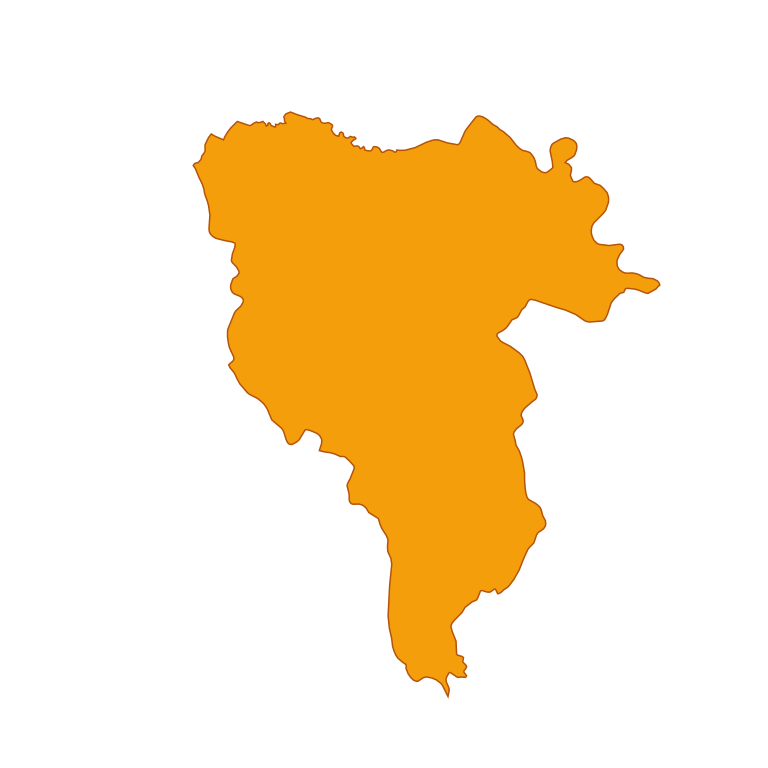 the district of Wiang Chiang Rung, Chiang Rai, Thailand, rotated 105°
{"feature_id": "78962969B94176504634652", "entity_name": "Wiang Chiang Rung", "entity_type": "district", "adm_level": 2, "iso_a3": "THA", "parent_name": "Thailand", "parent_adm1": "Chiang Rai", "projection": "mercator", "projection_center": [100.013, 20.012], "detail": "fine", "context": "isolated", "style": "filled", "palette": "amber", "viewbox_px": 768, "rotation_deg": 105, "n_neighbors": 0, "source": "geoboundaries", "source_scale": "gbopen_adm2", "svg_char_len": 6168}
<svg xmlns="http://www.w3.org/2000/svg" viewBox="0 0 768 768"><g transform="rotate(105 384 384)"><path d="M669.3,241.3L662.5,241.8L660.3,243.0L655.8,246.6L653.3,247.7L650.5,247.6L646.4,246.5L645.7,245.9L645.6,245.0L648.1,237.9L648.2,236.5L646.9,233.0L646.3,229.6L645.5,228.9L644.5,228.7L641.6,232.3L640.5,232.5L637.5,231.3L635.6,231.0L634.3,232.2L632.1,236.0L627.7,236.4L627.0,237.8L626.8,242.9L626.0,244.0L613.7,247.9L605.8,253.8L601.1,256.6L597.8,256.5L594.4,255.1L584.2,249.4L578.7,247.9L571.6,242.5L568.8,238.8L566.5,238.1L559.3,237.3L558.5,236.8L558.1,235.7L558.3,230.7L557.8,228.3L557.1,227.2L553.9,224.6L553.3,223.8L553.5,223.0L557.1,220.0L557.0,219.2L555.1,217.1L551.3,214.7L548.4,212.0L546.4,210.9L539.2,208.0L528.7,205.3L517.2,204.0L506.8,202.3L504.3,201.3L498.7,198.1L490.5,197.6L487.6,196.7L482.6,192.4L479.8,191.5L477.7,191.4L474.3,192.7L470.1,196.6L464.7,199.7L463.0,201.1L461.3,203.9L460.0,207.0L458.2,214.3L456.6,216.4L452.7,218.7L447.8,220.8L440.3,223.4L433.6,225.2L423.8,229.7L418.9,232.4L413.9,235.8L408.8,240.7L404.2,242.9L399.2,245.9L396.9,246.0L393.1,244.5L387.6,240.6L385.3,239.8L382.8,240.3L379.0,243.4L377.2,243.6L374.6,243.3L370.7,241.7L363.2,236.6L359.2,233.5L356.8,233.0L354.6,233.4L350.2,236.9L335.4,246.1L324.0,254.6L321.4,257.2L319.1,261.1L315.0,271.4L313.1,280.0L312.2,282.6L308.8,287.0L307.7,287.6L306.3,287.5L305.1,286.9L301.7,283.2L298.7,280.8L296.2,279.6L288.9,277.0L285.9,273.2L284.6,272.3L283.5,271.8L277.0,270.3L272.7,267.6L267.0,266.3L264.8,265.1L264.1,263.5L263.9,259.5L265.4,237.5L265.6,228.1L267.2,216.9L270.8,206.9L271.2,204.6L270.9,201.3L266.8,189.9L266.2,188.7L264.7,187.5L261.5,186.7L258.5,186.2L247.4,185.6L245.0,184.9L241.7,183.4L235.2,179.4L233.5,176.2L229.4,175.4L228.5,173.5L227.4,165.9L227.5,161.8L228.3,155.5L228.2,152.5L221.7,145.8L218.8,144.5L217.2,143.2L215.6,144.1L213.7,146.4L212.6,151.3L213.4,155.9L213.7,160.8L212.5,165.3L212.1,168.5L212.5,173.1L213.9,177.3L214.4,180.1L214.0,182.8L212.8,185.9L211.7,187.4L209.6,189.2L205.1,190.8L203.1,190.8L197.7,189.8L191.8,187.5L189.5,188.3L188.1,190.1L187.9,191.5L188.1,192.9L192.0,202.4L193.4,212.2L193.1,214.5L190.9,218.3L187.7,221.0L185.0,222.6L182.1,223.5L177.9,224.0L174.0,223.0L162.5,216.4L158.7,214.8L150.6,214.2L146.7,215.0L144.5,216.0L141.5,218.0L138.3,222.5L136.2,226.7L135.7,232.8L132.3,237.8L131.3,240.3L131.4,241.9L132.2,243.6L135.9,246.9L138.4,249.7L139.5,252.5L139.2,254.2L134.3,258.0L128.6,258.3L126.4,259.0L123.9,262.4L123.3,266.3L120.5,265.0L117.1,261.6L115.1,259.9L113.4,259.1L108.1,258.6L104.5,259.2L101.9,260.5L100.3,262.7L99.5,264.6L98.7,269.3L99.1,272.3L101.8,276.8L107.6,282.7L109.2,283.8L112.3,284.3L115.9,283.9L125.4,279.1L131.2,276.9L133.5,278.3L137.3,281.4L137.9,282.2L138.4,283.9L138.3,286.8L136.2,291.7L134.0,293.4L130.0,295.3L126.9,297.5L124.4,300.3L122.7,302.9L122.3,306.5L122.5,310.2L121.6,313.6L119.2,318.1L113.4,325.7L109.4,333.9L108.1,338.2L106.3,341.4L105.2,345.8L102.4,351.4L101.2,354.7L100.4,358.0L100.4,360.7L100.9,362.7L102.3,364.3L115.9,370.1L119.2,371.2L131.1,373.0L133.4,374.1L133.9,375.4L134.7,385.1L134.2,395.1L135.0,398.1L136.4,400.9L139.6,405.7L147.6,415.1L152.8,424.2L154.3,429.4L154.6,432.1L156.5,432.3L157.3,433.6L156.5,436.2L156.6,439.8L157.8,442.1L160.3,444.5L160.7,445.9L160.3,446.8L157.7,449.3L157.0,451.3L156.9,452.6L157.2,454.8L157.7,455.6L161.2,456.4L162.2,457.2L162.7,458.2L163.1,462.8L160.8,464.1L160.0,465.1L162.3,466.9L162.8,467.6L162.7,468.1L161.4,469.4L160.9,471.5L162.2,474.8L160.1,477.8L159.2,478.3L156.8,477.0L154.5,474.8L153.9,474.8L153.5,475.5L153.0,476.7L153.8,477.8L153.5,480.3L154.0,481.0L155.7,482.2L156.1,484.6L155.1,487.0L152.9,488.0L152.1,488.8L151.7,490.5L152.7,491.7L156.4,492.0L156.4,495.1L154.8,497.9L152.5,500.3L151.5,500.7L148.3,500.4L147.2,500.9L146.1,503.9L146.0,505.5L147.5,508.7L147.8,511.3L147.0,512.8L144.5,514.7L143.9,516.4L145.1,518.9L146.8,520.8L147.2,521.9L146.7,523.5L147.3,526.3L146.6,529.0L146.3,537.5L145.5,544.7L148.5,548.7L151.5,549.9L152.5,549.6L153.5,548.8L155.6,548.2L157.4,546.3L158.8,549.3L158.6,551.0L158.8,552.0L161.0,553.4L161.2,555.9L163.1,555.4L164.1,555.8L163.5,560.0L162.0,561.2L161.4,562.7L162.4,563.5L164.0,563.3L165.0,564.0L165.2,564.6L163.6,565.7L161.7,569.0L163.2,570.9L164.2,573.3L163.9,575.0L165.9,577.4L168.6,579.5L169.2,580.8L168.4,593.7L176.2,598.2L181.0,600.2L186.0,601.7L189.7,602.2L188.3,611.9L187.2,615.6L191.5,617.3L199.3,618.8L205.2,617.1L207.6,617.6L210.7,618.9L214.6,618.9L218.4,621.0L219.5,623.3L220.3,624.1L222.4,624.8L224.8,621.9L232.1,616.4L237.9,611.3L242.5,608.3L245.8,606.9L248.4,605.3L253.2,601.9L257.2,599.6L265.9,595.9L279.5,593.2L281.8,592.3L283.9,590.7L285.8,587.6L286.8,584.1L286.7,575.1L286.1,567.6L286.5,564.5L287.4,563.9L290.8,563.5L297.6,564.1L304.2,563.4L305.9,562.1L309.0,556.9L312.4,553.5L313.7,552.8L315.1,552.9L317.9,554.0L321.5,557.2L327.8,557.7L330.4,557.2L332.5,556.2L334.7,554.2L335.7,552.1L336.5,546.1L337.2,543.8L338.4,542.1L340.3,541.4L341.5,541.3L346.0,542.5L351.7,546.1L354.4,546.9L371.4,549.0L373.9,548.7L379.5,547.2L385.6,544.5L389.3,542.4L396.6,536.3L398.4,535.5L400.6,535.7L405.6,539.0L408.1,537.0L411.1,532.7L413.5,530.1L416.2,528.0L421.2,523.3L427.8,513.6L428.8,511.3L430.7,502.3L433.5,496.3L435.0,494.0L438.1,490.5L447.7,483.1L453.0,472.0L454.3,470.1L457.0,467.9L462.8,464.3L465.2,462.3L466.4,460.8L466.6,458.8L466.1,457.0L462.2,453.0L459.8,451.5L448.8,448.3L448.0,446.8L448.1,442.5L448.9,436.6L449.5,434.8L450.5,432.8L453.2,430.2L454.5,429.5L457.8,428.9L465.1,429.2L465.0,424.0L464.2,417.4L464.4,413.0L465.3,407.3L464.5,404.5L464.5,402.8L467.2,397.6L470.8,392.0L472.3,391.1L474.1,391.0L484.2,392.2L489.4,393.4L491.7,393.4L499.3,389.2L504.4,387.8L506.5,386.8L508.0,384.8L508.2,383.1L506.4,376.9L506.6,372.9L508.4,369.2L512.1,365.4L515.2,355.3L515.8,354.4L521.0,351.2L524.2,348.6L530.0,342.3L533.4,339.8L540.4,338.5L545.0,336.9L550.6,332.2L556.3,329.8L577.7,326.3L607.0,320.0L618.5,315.6L627.9,310.7L635.2,307.8L639.2,305.3L643.0,302.2L645.4,299.4L647.9,294.1L649.3,290.2L650.8,289.5L652.7,289.3L657.6,285.7L660.3,282.6L662.4,278.9L662.8,275.6L662.4,274.4L657.2,269.6L655.9,266.9L655.6,261.8L656.2,257.0L658.3,251.9L659.8,249.7L669.3,241.3Z" fill="#f59e0b" stroke="#b45309" stroke-width="1.5"/></g></svg>